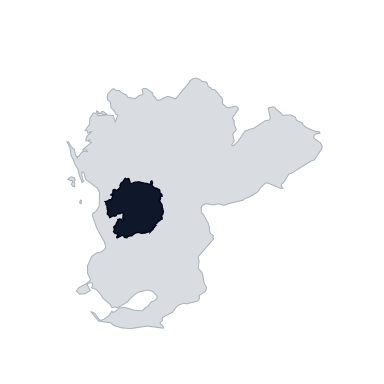 location of Guárico within Venezuela, rotated 253°
{"feature_id": "VEN-45", "entity_name": "Guárico", "entity_type": "State", "adm_level": 1, "iso_a3": "VEN", "parent_name": "Venezuela", "parent_adm1": "", "projection": "equal_earth", "projection_center": [-66.651, 8.828], "detail": "fine", "context": "in_parent", "style": "filled", "palette": "ink", "viewbox_px": 384, "rotation_deg": 253, "n_neighbors": 0, "source": "natural_earth", "source_scale": "10m", "svg_char_len": 9177}
<svg xmlns="http://www.w3.org/2000/svg" viewBox="0 0 384 384"><g transform="rotate(253 192 192)"><path d="M310.4,140.2L313.8,146.1L313.5,147.5L311.4,148.9L310.2,152.2L307.6,153.7L303.9,157.7L301.5,158.1L297.9,164.8L299.9,170.0L299.5,172.7L300.4,174.0L304.7,174.2L305.1,175.6L304.6,177.7L303.8,179.1L298.0,183.4L295.2,183.0L294.0,184.3L290.3,185.2L289.2,187.8L290.2,191.3L290.6,196.9L285.9,203.6L297.7,221.5L299.0,222.4L300.2,226.6L299.8,229.0L297.7,231.9L294.8,234.0L293.0,237.7L291.2,238.5L288.0,238.2L286.5,240.2L284.4,241.0L283.1,243.8L272.3,248.4L267.6,246.9L262.2,250.3L261.2,258.7L259.6,260.7L257.6,260.6L250.9,252.1L247.5,253.3L245.2,252.2L238.5,252.5L235.4,247.7L228.5,247.4L225.8,244.1L224.6,244.0L224.1,245.1L226.8,250.5L234.9,260.8L235.0,270.1L238.8,283.1L238.1,287.2L240.3,288.5L250.0,289.4L249.9,294.1L248.6,296.2L246.7,296.5L241.8,300.0L238.8,301.1L236.9,308.8L235.2,310.9L233.4,312.8L230.2,312.8L225.7,317.7L224.2,317.6L220.4,320.0L214.3,327.1L212.3,331.4L210.8,331.5L211.4,327.7L210.6,325.7L209.2,324.6L207.9,324.4L206.2,325.4L201.7,329.1L197.3,329.9L195.0,328.2L186.9,318.4L186.8,315.1L184.9,307.3L180.8,292.8L180.9,290.0L174.4,282.7L173.5,280.1L170.8,279.2L169.1,280.1L169.6,277.7L178.3,267.3L179.1,265.0L175.7,258.3L173.8,256.4L172.7,254.1L170.5,245.9L170.0,239.7L169.2,238.4L170.2,223.2L169.8,219.8L170.5,217.3L172.2,215.5L173.1,212.8L173.3,209.2L174.3,206.2L176.1,203.8L176.8,201.5L176.0,197.7L174.4,196.2L169.2,195.1L167.8,196.2L158.1,198.3L153.4,198.3L149.7,197.3L147.0,197.6L143.8,199.7L142.2,198.5L140.9,199.1L128.3,178.9L123.6,178.5L117.3,175.6L112.3,177.9L110.3,178.1L101.4,177.0L96.5,178.0L94.4,177.0L93.0,175.5L90.9,168.8L87.5,167.7L86.1,165.1L86.6,154.4L88.2,151.4L87.7,146.6L87.2,144.3L82.8,138.3L80.5,126.7L77.5,126.0L76.7,123.5L75.8,123.0L73.4,124.6L70.8,125.2L70.2,124.6L76.8,110.2L79.4,93.2L82.7,84.9L87.1,78.2L90.6,76.2L95.9,64.9L107.4,60.2L104.3,63.6L97.5,65.8L95.9,67.2L96.1,70.9L98.0,76.4L101.5,80.6L99.9,81.1L100.6,84.9L102.2,87.6L102.3,89.2L101.0,94.4L95.7,102.5L92.9,109.6L95.0,113.8L95.3,115.9L99.1,121.2L98.7,123.3L100.4,127.6L103.1,128.1L108.4,125.4L111.3,120.9L111.9,112.2L111.4,109.1L108.2,101.6L106.0,98.7L104.1,92.2L103.2,86.3L104.7,84.9L104.6,81.8L108.3,81.0L116.2,75.9L121.2,74.6L126.8,71.9L129.2,68.4L130.1,68.2L133.0,70.2L134.5,69.5L135.1,67.9L134.3,64.7L127.5,65.9L125.9,59.6L127.4,54.5L131.0,52.5L133.5,55.5L135.3,64.6L137.6,69.4L144.7,68.4L152.0,70.5L159.7,77.1L161.9,83.8L161.0,85.6L161.5,88.5L162.6,91.4L164.3,93.2L169.1,93.7L184.9,90.4L198.2,89.8L200.8,91.2L201.1,93.7L205.3,98.9L218.3,103.4L223.3,102.7L235.2,94.0L241.6,94.3L243.4,92.9L241.0,91.6L235.7,91.1L234.1,92.0L233.2,89.8L240.8,89.1L247.6,89.6L253.1,88.0L257.5,88.0L261.8,87.0L270.1,88.2L276.6,87.2L275.9,88.6L270.3,89.8L267.6,91.9L262.0,91.5L258.1,92.3L259.3,92.9L259.4,95.0L260.5,95.5L262.2,98.1L262.6,100.3L261.2,103.8L262.8,103.4L263.7,102.3L263.7,99.9L264.6,100.3L268.8,110.4L270.6,108.0L271.8,109.4L271.7,105.6L273.2,105.7L276.2,108.3L279.3,114.0L278.8,109.6L281.3,109.5L281.9,107.7L287.0,114.0L292.3,115.8L296.3,120.6L295.5,122.9L293.1,124.1L292.2,125.6L290.5,133.1L288.2,139.0L281.6,139.1L287.2,143.6L289.2,141.7L292.1,141.6L296.3,139.2L302.0,140.3L304.6,138.3L307.7,138.6L310.4,140.2ZM241.2,77.8L241.8,80.9L240.0,83.7L237.6,83.7L235.7,81.9L234.6,82.4L231.3,81.4L232.3,79.7L234.7,78.9L236.5,80.8L238.0,80.9L238.4,79.3L240.4,76.9L241.2,77.8ZM295.1,130.5L291.6,133.0L291.4,130.6L294.1,127.6L295.4,129.4L295.1,130.5ZM216.8,83.2L215.8,83.8L213.2,82.4L213.7,81.6L215.2,81.6L216.8,83.2ZM295.8,126.0L293.7,126.8L294.3,125.0L296.5,124.0L297.4,124.4L295.8,126.0Z" fill="#d9dde1" stroke="#a8b0b8" stroke-width="1"/><path d="M208.1,106.2L208.0,108.2L208.0,108.8L208.1,109.2L208.5,110.0L208.7,110.6L208.6,111.3L208.5,111.6L208.1,112.3L208.1,112.5L208.2,112.8L211.9,115.5L212.7,113.8L212.9,113.6L213.7,115.5L213.9,115.7L214.0,115.9L214.4,116.1L214.7,116.3L215.6,116.6L216.2,116.8L216.6,116.9L216.7,117.0L216.9,117.2L217.0,117.5L217.0,118.4L217.0,118.8L216.9,119.0L216.7,119.2L215.8,119.8L215.6,120.2L215.6,120.8L215.6,121.0L215.9,121.5L215.9,122.3L216.0,122.6L216.4,122.9L216.5,123.2L216.7,123.5L217.0,123.8L217.2,124.1L217.6,124.8L217.7,125.0L218.0,125.1L219.2,125.1L219.4,125.1L219.7,125.4L220.2,126.1L220.3,126.2L220.8,126.4L221.1,126.6L221.3,126.9L221.4,127.1L221.7,127.8L221.7,128.1L221.7,128.8L221.8,129.1L221.9,129.3L222.5,129.5L223.6,130.9L224.1,131.4L224.2,131.5L224.5,132.3L224.0,132.6L223.7,133.0L223.5,133.4L223.4,133.8L223.5,134.3L223.5,134.8L223.3,135.3L223.2,135.5L222.6,135.4L222.3,135.4L222.1,135.4L221.8,135.5L220.5,135.6L220.0,135.5L219.4,135.2L219.1,135.2L218.8,135.4L218.3,135.6L218.1,135.7L218.0,136.0L217.7,136.8L217.6,137.9L217.7,138.1L218.0,138.8L218.0,140.1L217.8,141.4L217.6,142.0L217.5,142.3L217.4,143.2L217.0,144.6L216.8,144.9L216.0,145.8L215.9,146.1L215.4,147.2L215.3,147.5L214.1,149.1L213.9,149.6L213.9,150.0L213.6,150.8L212.7,152.2L212.3,152.6L212.1,153.0L211.9,153.4L211.8,153.7L211.8,154.4L211.8,154.7L211.9,155.0L212.0,155.2L212.2,155.3L212.3,155.4L212.8,155.3L213.3,155.3L213.7,155.5L213.9,155.7L214.1,156.0L214.3,156.7L213.2,156.9L212.7,156.9L212.2,156.8L211.0,156.0L210.0,155.7L209.1,156.0L207.3,157.1L206.9,157.4L206.6,157.8L205.7,159.4L203.8,161.3L203.4,161.5L203.0,161.6L201.2,161.2L200.4,161.2L199.6,161.6L198.8,162.2L198.5,162.4L198.0,162.3L197.0,162.1L196.8,162.1L196.9,161.5L196.9,161.1L196.8,160.7L196.4,160.0L196.2,159.8L195.6,160.1L195.0,160.0L194.5,159.7L194.1,159.4L194.2,159.1L194.2,158.9L193.7,158.7L193.4,158.1L193.2,158.0L192.9,158.1L192.9,158.4L192.9,158.5L192.4,158.5L191.6,158.8L191.2,158.8L190.8,158.8L188.9,159.5L188.6,159.5L188.3,159.2L188.1,159.2L187.8,159.4L185.9,159.0L185.7,158.7L185.2,158.8L184.8,159.1L184.4,159.1L183.7,158.5L183.3,158.6L182.6,159.0L182.2,159.1L181.8,158.9L181.5,158.6L180.6,158.4L180.4,158.2L180.2,158.0L179.9,157.7L179.2,157.4L178.9,157.0L178.8,156.5L178.6,156.2L177.6,155.7L177.4,155.7L176.9,155.9L176.3,155.9L176.0,155.8L175.6,155.5L175.2,155.6L174.9,155.4L175.1,154.9L174.9,154.5L175.4,154.2L175.1,153.7L174.8,153.9L174.6,153.7L174.4,152.9L174.0,152.4L174.0,152.2L174.4,152.4L174.4,152.2L174.3,151.9L174.4,151.5L174.1,151.5L173.7,151.1L173.4,150.7L173.3,150.3L173.0,149.9L172.8,149.7L172.7,149.5L172.5,148.5L172.0,147.8L171.8,147.7L170.9,147.7L170.8,146.8L170.7,146.6L170.7,146.4L170.5,146.6L170.4,146.9L170.3,146.6L170.0,146.6L169.9,146.5L169.9,146.1L169.9,145.9L169.7,145.8L169.6,145.6L169.4,145.4L169.3,145.6L169.2,145.6L169.2,145.2L169.4,144.6L169.3,144.4L169.2,144.4L169.0,144.6L168.8,144.6L168.5,144.2L168.4,143.8L168.3,143.7L168.2,143.7L168.0,143.9L167.8,143.9L167.7,143.7L167.5,143.2L167.4,142.9L167.2,142.7L167.2,142.2L166.8,141.7L166.6,141.3L166.1,140.5L166.3,140.6L166.4,140.4L166.7,140.2L166.8,140.1L166.8,139.9L166.8,139.7L166.7,139.5L166.5,139.2L166.5,138.6L166.7,137.8L166.7,137.7L166.7,137.0L166.6,136.4L166.5,135.7L166.5,135.4L166.9,133.4L167.1,132.9L167.3,131.5L167.4,131.4L167.5,131.2L167.8,130.9L168.1,130.6L168.3,130.4L168.5,130.1L169.0,128.9L169.1,128.4L169.3,127.6L169.4,127.2L169.1,124.9L168.4,123.0L167.8,121.8L167.8,121.4L168.1,120.6L168.2,120.1L168.2,119.4L168.2,118.4L168.2,118.0L168.0,117.1L167.7,116.8L167.6,116.3L167.4,116.2L167.5,115.9L168.0,115.5L168.0,115.4L167.9,115.0L168.0,114.9L168.1,114.7L168.3,114.4L168.6,114.1L169.1,114.2L169.5,114.1L170.1,113.7L170.8,112.9L171.1,112.8L171.2,112.5L171.1,112.1L170.5,110.0L170.6,109.3L170.3,108.7L170.2,108.2L170.1,107.1L170.2,106.9L170.4,106.8L170.6,106.8L171.0,106.9L171.1,107.0L171.3,107.4L171.5,107.7L171.7,107.8L172.0,107.9L172.1,108.0L172.0,108.7L172.0,108.8L172.5,108.9L173.1,108.5L173.5,108.2L173.9,108.5L174.0,108.5L174.1,108.3L174.3,107.9L174.4,107.4L174.5,107.1L174.8,107.0L175.1,107.4L175.3,107.1L175.1,106.3L176.4,105.7L176.8,105.5L177.0,105.4L178.2,106.6L178.6,106.9L179.1,106.8L179.6,106.8L179.9,107.2L180.0,107.3L180.4,107.1L180.7,107.0L180.9,106.9L181.5,107.0L181.7,107.4L182.2,108.7L182.3,108.9L182.8,109.5L182.9,110.0L183.4,110.2L183.8,110.3L184.1,110.7L184.2,111.0L184.5,111.1L185.0,111.2L185.2,111.5L185.6,112.6L186.0,112.7L186.4,113.0L186.6,113.0L187.1,113.0L187.3,113.0L187.3,113.3L187.3,113.8L187.3,114.5L187.3,114.8L186.9,115.7L186.7,116.1L186.5,116.3L185.9,116.5L185.5,116.6L185.1,117.0L184.7,118.2L184.8,118.4L185.4,118.2L186.8,118.2L187.2,118.2L187.4,118.3L188.1,118.8L188.3,118.9L189.0,119.0L189.4,119.1L189.7,119.3L190.4,119.8L191.5,119.8L191.9,119.8L192.2,119.7L192.3,119.6L192.4,119.4L192.7,118.2L192.7,117.9L192.7,117.7L192.6,117.4L192.4,117.2L192.3,116.9L192.4,116.5L192.5,116.0L192.8,115.0L192.9,114.5L192.9,114.2L192.7,113.6L192.4,113.1L192.0,112.8L191.7,112.4L191.6,112.2L191.5,111.9L191.5,111.3L191.5,111.0L191.6,110.8L191.9,110.6L192.1,110.5L192.2,110.3L192.2,110.0L192.2,109.3L191.7,105.9L193.2,105.9L194.6,105.5L194.8,105.4L195.0,105.0L195.1,104.8L195.6,104.6L196.0,104.7L196.4,104.9L197.2,105.5L197.3,105.6L198.3,105.6L198.5,105.8L198.9,106.2L199.3,106.4L199.5,106.3L200.1,106.0L200.3,105.9L200.5,106.1L200.6,106.3L200.8,106.4L201.3,106.2L201.6,106.2L201.9,106.2L203.2,106.8L203.4,106.8L204.3,106.6L204.7,106.4L205.0,106.2L205.4,106.2L205.8,106.3L206.3,106.6L206.9,106.6L207.3,106.6L208.1,106.2Z" fill="#0f172a" stroke="#020617" stroke-width="1.5"/></g></svg>